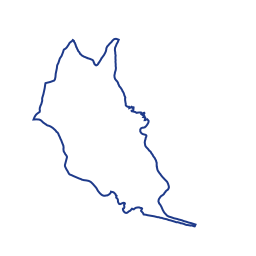 Fatick, Fatick, Senegal (orthographic projection), rotated 287°
{"feature_id": "50182788B55839740763416", "entity_name": "Fatick", "entity_type": "district", "adm_level": 2, "iso_a3": "SEN", "parent_name": "Senegal", "parent_adm1": "Fatick", "projection": "orthographic", "projection_center": [-16.497, 14.221], "detail": "fine", "context": "isolated", "style": "outline", "palette": "blue", "viewbox_px": 256, "rotation_deg": 287, "n_neighbors": 0, "source": "geoboundaries", "source_scale": "gbopen_adm2", "svg_char_len": 5762}
<svg xmlns="http://www.w3.org/2000/svg" viewBox="0 0 256 256"><g transform="rotate(287 128 128)"><path d="M108.5,35.2L109.5,37.9L110.1,40.5L110.0,41.9L109.7,42.9L108.3,45.6L108.1,46.5L107.8,47.2L107.5,48.5L107.1,49.2L106.9,50.4L107.0,51.6L106.8,53.5L106.1,56.0L104.6,59.2L104.0,60.1L103.5,60.6L103.1,61.9L102.3,62.9L100.9,64.0L99.1,65.7L98.1,66.4L96.8,67.7L95.2,68.9L92.1,71.4L90.0,72.3L89.2,72.3L86.8,73.4L85.6,74.8L84.7,75.6L84.0,76.7L82.9,77.9L82.1,78.2L74.3,78.5L73.2,78.8L72.3,79.5L70.3,81.4L69.5,82.4L67.0,84.9L66.7,85.5L66.5,86.0L66.4,87.9L66.1,89.8L65.4,96.3L65.4,97.8L65.1,99.1L65.2,99.9L65.2,100.8L65.7,103.6L65.9,105.7L65.8,106.9L65.4,108.5L64.2,110.8L61.9,114.5L61.1,115.6L59.2,117.5L57.3,120.3L57.2,120.7L56.6,121.8L56.3,122.7L56.1,124.2L56.4,125.6L57.1,126.9L57.6,128.1L59.3,129.6L60.6,130.2L61.7,130.5L62.1,130.4L62.3,132.4L62.1,133.5L60.9,135.6L60.0,136.1L59.8,136.9L59.1,136.9L58.3,136.9L57.8,137.3L57.4,138.4L56.4,139.3L54.5,140.0L52.9,141.5L52.8,142.2L53.0,142.9L54.8,145.0L55.2,145.7L55.3,146.6L54.9,147.1L54.3,147.1L53.7,146.7L53.1,146.8L51.7,147.5L51.0,147.7L50.2,147.6L49.8,147.4L49.6,146.9L49.1,146.8L48.5,147.0L47.9,147.4L47.0,148.3L46.3,149.6L46.2,151.0L46.5,151.7L47.4,152.5L48.4,153.1L49.0,153.7L49.5,154.3L52.0,155.4L52.0,156.0L51.8,156.5L51.9,157.3L52.8,157.8L54.1,159.0L54.8,160.4L55.3,161.8L55.2,163.2L55.4,164.4L55.1,165.0L54.5,165.0L53.1,164.7L52.6,164.7L51.0,167.3L49.9,168.2L50.3,170.7L50.3,172.0L51.2,178.8L51.3,181.0L51.4,182.5L51.7,183.5L51.6,185.1L51.9,186.6L51.8,188.7L52.1,191.8L51.9,193.9L52.1,195.5L52.1,199.9L52.0,201.8L52.4,202.8L52.5,205.5L52.3,206.0L52.6,207.7L52.6,209.6L52.4,211.0L52.4,212.4L52.6,212.9L52.9,215.3L52.9,216.0L53.1,216.1L53.4,217.6L53.4,219.0L53.3,220.2L53.5,220.6L55.4,220.8L55.5,216.2L55.3,213.6L55.4,211.1L55.3,208.5L55.5,206.6L55.4,204.0L55.3,203.5L55.4,201.9L55.1,198.1L55.2,197.1L55.3,194.6L55.2,194.3L55.3,193.3L55.2,193.1L55.5,191.6L55.7,190.8L56.4,189.7L57.4,187.9L58.4,186.6L58.7,186.4L58.9,186.1L59.8,185.2L62.4,183.0L64.3,181.0L64.5,180.5L65.1,179.7L65.6,179.5L66.3,178.8L66.9,178.5L68.8,178.3L69.2,178.4L71.3,179.0L72.8,179.7L73.7,180.6L75.2,181.6L76.6,181.9L77.1,182.2L77.9,182.4L77.9,182.5L78.9,182.8L79.7,183.3L80.1,183.7L81.0,184.3L81.5,184.3L82.0,184.5L82.5,184.4L82.9,184.5L83.4,184.4L84.3,184.0L86.5,182.5L88.0,181.1L89.9,177.6L90.6,176.5L90.8,176.0L92.3,173.7L93.6,172.1L93.7,171.7L94.9,170.3L95.1,169.9L95.5,169.6L95.7,169.2L96.9,168.2L98.2,167.6L98.4,167.3L99.7,166.9L100.0,166.5L100.4,166.5L101.3,166.1L101.9,166.0L103.5,165.4L103.8,165.0L105.1,164.3L106.3,163.0L106.8,162.7L108.3,160.6L109.1,159.7L109.6,159.4L110.8,157.6L111.3,157.3L111.5,157.0L112.0,156.4L112.7,154.7L113.6,153.6L115.1,150.9L116.1,149.7L119.1,148.2L119.6,148.2L120.2,148.0L120.7,148.0L121.2,147.9L121.6,148.0L122.9,148.0L123.4,147.8L123.9,147.8L124.9,148.0L125.9,147.9L126.2,147.7L126.6,147.0L126.5,143.8L126.7,143.1L126.9,142.4L128.2,140.8L129.4,140.4L130.1,140.2L130.7,140.3L131.7,140.7L132.6,141.9L132.9,142.8L133.6,143.9L134.0,144.0L134.7,144.6L136.8,145.4L139.1,145.9L140.7,145.7L141.2,145.1L142.0,143.8L141.2,142.7L140.6,142.3L140.4,141.7L141.9,141.7L142.9,141.5L143.2,141.2L143.0,140.4L142.9,139.5L143.6,139.7L144.1,140.1L144.5,140.0L144.8,139.5L144.7,138.5L145.4,138.6L145.9,139.1L146.7,139.4L147.2,139.2L147.3,139.0L146.9,138.6L146.8,138.3L146.7,138.2L146.2,138.4L145.9,138.0L145.4,137.6L145.1,136.9L145.2,136.5L146.1,136.3L146.6,136.1L146.6,135.8L146.4,135.0L145.6,132.8L145.2,132.3L145.0,131.8L145.0,131.5L145.3,130.9L145.4,130.2L145.3,128.6L145.3,127.9L145.1,126.9L145.2,126.6L145.6,126.4L146.4,127.7L146.7,127.8L147.1,127.8L147.7,127.6L148.0,127.4L148.3,126.9L148.5,126.7L148.6,127.1L148.6,127.5L148.9,127.5L149.4,127.2L149.0,126.4L149.2,125.9L149.2,125.7L149.4,125.2L149.2,125.0L148.5,125.0L148.4,124.6L147.4,123.4L148.2,123.2L148.6,122.8L148.2,121.6L148.4,120.5L148.9,119.4L149.3,119.1L150.5,118.8L151.3,118.3L153.8,117.1L155.6,116.5L155.9,116.6L156.4,116.5L158.1,115.0L159.1,114.4L160.1,113.7L161.4,112.4L161.7,111.9L162.1,111.7L163.2,110.6L164.5,109.0L164.8,108.6L164.9,108.2L165.7,107.2L166.1,107.0L167.1,106.0L167.9,105.4L168.1,105.4L168.9,104.6L169.8,103.4L170.0,102.8L170.7,102.0L170.9,101.6L171.3,101.2L172.6,100.3L174.4,99.6L176.1,99.5L177.1,99.3L179.8,99.3L181.9,98.9L183.2,98.3L183.6,98.1L185.4,97.6L187.8,96.6L189.4,96.3L189.8,96.0L192.7,95.1L193.4,95.1L195.6,94.0L196.6,93.7L198.6,92.7L200.8,92.2L201.5,92.2L202.3,92.4L205.1,92.6L207.1,93.1L209.7,93.3L209.8,91.8L209.8,90.7L209.5,89.8L209.1,89.1L208.8,88.7L207.0,87.6L205.5,87.1L203.6,86.0L201.9,85.2L201.4,85.1L200.0,84.3L197.9,84.0L196.5,84.3L195.5,84.3L195.1,84.4L193.3,84.2L192.3,84.0L190.8,83.7L188.0,82.7L187.5,82.6L186.9,82.2L185.6,82.1L184.3,81.7L182.9,81.4L182.7,81.2L181.9,81.1L181.5,80.8L181.2,80.7L180.9,80.8L180.5,80.7L179.4,80.2L179.2,79.9L178.6,79.3L178.6,78.9L178.9,78.3L179.0,77.8L179.3,77.3L179.8,76.9L180.0,76.9L180.7,76.1L181.6,75.6L182.5,74.6L182.7,74.0L183.0,71.3L182.9,70.8L183.0,70.3L182.9,68.8L183.1,68.7L183.2,66.8L183.3,66.4L183.3,65.3L183.9,62.6L184.1,62.2L184.7,61.3L184.9,60.5L185.2,60.2L186.0,59.6L186.6,58.7L187.0,57.9L188.0,57.2L188.2,56.8L188.7,56.4L189.8,55.5L190.1,55.0L190.8,54.7L191.1,54.3L191.8,53.8L192.4,53.5L192.7,53.1L193.6,52.6L194.2,51.7L195.0,51.0L195.4,50.9L195.6,50.3L195.9,49.9L196.0,49.5L195.0,49.2L193.3,47.9L192.1,47.2L190.5,46.9L187.2,45.9L185.7,45.1L184.3,43.8L183.7,43.7L181.4,43.7L177.5,43.4L174.6,42.5L169.7,42.4L167.7,42.0L166.9,42.0L165.3,42.3L164.3,42.5L158.8,43.0L155.6,43.7L153.1,43.9L151.8,43.5L149.3,40.2L146.8,36.0L146.2,36.0L141.6,36.7L135.6,37.2L133.0,37.2L131.4,37.2L128.9,38.0L125.6,38.1L123.5,37.8L121.3,37.8L120.0,38.1L118.7,38.7L117.5,38.8L115.5,37.2L114.1,36.3L112.7,35.8L110.9,35.4L108.5,35.2Z" fill="none" stroke="#1e3a8a" stroke-width="2"/></g></svg>